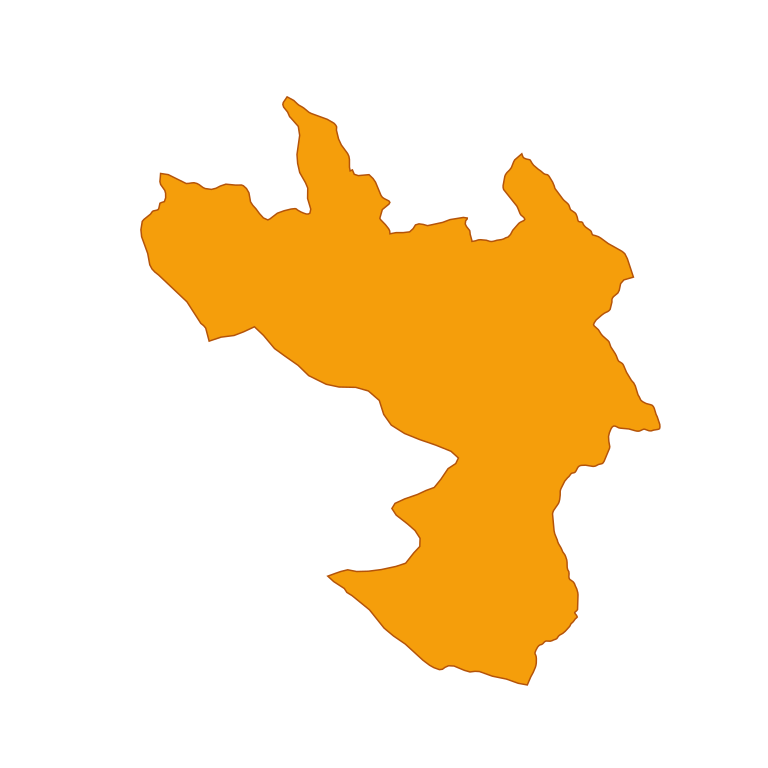 outline of Pool, rotated 106°
{"feature_id": "COG-3341", "entity_name": "Pool", "entity_type": "Region", "adm_level": 1, "iso_a3": "COG", "parent_name": "Republic of the Congo", "parent_adm1": "", "projection": "natural_earth1", "projection_center": [14.821, -3.811], "detail": "fine", "context": "isolated", "style": "filled", "palette": "amber", "viewbox_px": 768, "rotation_deg": 106, "n_neighbors": 0, "source": "natural_earth", "source_scale": "10m", "svg_char_len": 6171}
<svg xmlns="http://www.w3.org/2000/svg" viewBox="0 0 768 768"><g transform="rotate(106 384 384)"><path d="M633.8,163.3L634.7,172.5L633.9,185.1L635.0,199.3L634.1,213.0L635.1,217.3L637.1,222.0L637.1,227.8L635.8,238.9L637.0,244.2L639.5,247.2L642.1,249.2L643.3,252.0L642.9,257.9L641.8,262.6L638.9,270.2L628.1,291.9L623.6,305.4L618.7,316.5L605.1,335.7L596.2,356.5L594.6,362.2L591.5,365.8L587.8,377.9L584.2,385.1L579.6,378.8L576.1,373.8L572.6,367.7L571.8,358.6L568.3,347.5L563.1,335.4L556.1,322.3L550.3,313.8L538.1,308.8L530.3,304.8L522.4,306.8L516.3,313.8L512.0,322.9L506.7,336.1L501.5,342.1L495.7,340.5L488.7,332.4L480.9,321.3L474.8,314.3L469.6,307.2L460.0,303.1L447.7,299.1L440.7,293.1L434.6,292.1L430.2,301.1L428.5,317.3L427.6,334.5L425.9,350.6L421.5,365.7L413.3,375.9L401.1,384.0L395.0,397.1L395.0,410.2L399.3,426.4L400.2,439.5L396.7,458.7L389.7,471.8L384.5,486.9L380.1,499.0L370.5,513.2L364.7,524.3L372.6,533.4L378.7,541.5L383.9,553.6L391.0,563.9L379.4,570.8L377.6,573.5L376.2,576.8L359.3,596.1L341.3,630.8L339.6,635.0L337.4,638.7L334.0,642.0L323.7,647.1L309.2,657.6L302.7,660.2L294.3,661.2L291.9,660.1L285.1,655.3L282.3,654.3L281.3,653.6L279.5,650.3L278.5,649.1L276.7,648.9L272.0,649.2L271.0,648.1L269.2,645.4L265.2,645.2L260.9,646.5L258.3,648.1L253.8,653.7L251.2,655.2L247.0,656.0L243.2,656.8L242.2,649.1L245.8,629.4L244.9,626.8L243.8,624.5L242.9,622.1L242.8,619.1L243.3,616.7L245.0,612.2L245.4,609.8L244.5,603.5L242.1,599.4L238.8,595.9L235.5,591.1L233.7,581.4L232.0,575.8L232.2,573.8L234.0,570.1L237.5,566.5L245.7,562.5L248.4,559.4L250.8,555.5L254.5,550.7L257.6,545.7L258.3,540.9L256.8,539.2L249.2,533.6L245.0,527.8L241.4,521.5L239.9,517.8L239.9,516.5L240.6,515.1L241.5,511.4L241.9,508.2L242.0,505.5L241.4,503.5L240.1,502.3L236.1,502.6L226.7,508.6L216.7,511.3L212.2,514.9L204.0,523.3L195.8,527.8L187.4,530.9L168.2,533.6L160.0,537.4L153.6,547.4L153.2,548.2L152.7,548.7L149.2,551.6L145.5,556.8L143.2,558.3L141.1,558.4L134.7,556.3L134.7,556.2L136.3,548.9L138.6,544.5L139.4,542.7L140.3,538.9L140.9,537.0L143.5,531.1L144.0,528.6L145.2,511.5L147.1,504.0L147.6,503.1L148.6,501.6L149.9,500.4L153.1,499.7L161.0,495.2L166.0,490.9L172.5,482.5L174.8,480.5L177.7,479.1L185.0,477.0L188.5,475.3L186.9,473.4L190.6,470.4L190.8,466.2L186.9,456.1L189.5,451.2L192.3,447.8L203.5,438.9L205.0,437.0L205.7,434.9L206.7,429.7L207.8,428.4L209.7,428.8L216.8,433.7L225.9,433.7L227.0,432.5L230.4,426.6L233.5,422.3L235.3,420.7L238.0,419.7L235.2,414.2L233.2,407.3L230.7,401.3L226.6,398.8L222.4,397.6L220.4,394.5L219.8,390.3L219.8,385.8L212.5,372.2L207.8,365.9L202.0,353.6L201.5,349.7L202.4,349.5L204.6,350.5L207.8,350.0L209.9,348.1L212.9,343.9L214.6,343.1L216.2,342.5L221.8,339.1L222.7,338.8L222.1,337.4L221.2,335.6L219.5,333.1L218.7,331.0L217.6,325.2L217.7,321.5L217.3,319.6L216.3,317.6L214.7,315.1L212.8,310.9L211.6,309.0L210.0,307.4L208.6,305.3L205.4,303.6L200.7,302.6L192.4,298.7L190.9,297.5L188.3,294.6L186.9,294.0L185.4,295.4L183.8,299.0L182.6,300.3L178.2,303.7L176.4,305.3L164.1,322.6L162.4,323.6L160.4,324.2L151.1,325.1L149.2,324.9L146.9,324.1L143.5,322.2L140.8,321.2L134.6,320.6L132.5,320.1L124.7,315.0L127.2,313.2L127.9,312.3L128.3,311.3L128.5,309.1L128.3,306.3L128.3,305.6L128.6,305.0L131.0,302.5L132.5,300.5L135.0,295.0L136.0,292.1L137.7,288.4L138.0,286.8L137.9,285.7L137.8,285.2L137.8,284.7L138.0,283.9L138.8,282.6L143.5,277.5L146.9,274.8L148.3,274.0L148.9,273.6L156.9,263.1L157.9,261.5L159.3,258.4L160.2,256.7L161.2,255.5L164.7,253.0L165.2,252.3L166.7,247.8L167.4,246.6L168.4,245.7L170.4,244.2L173.3,242.7L174.0,241.9L174.2,240.3L173.8,239.2L173.9,238.1L174.2,237.5L175.5,236.5L176.5,235.3L177.6,233.5L179.5,228.1L180.2,226.9L182.4,225.4L183.1,224.5L183.2,223.7L183.1,221.7L183.3,218.4L184.0,215.8L187.2,207.2L190.8,192.0L191.5,190.2L192.4,188.4L196.5,184.6L212.5,173.7L217.8,182.1L222.3,184.2L229.1,183.7L232.1,184.3L236.8,187.5L238.5,188.1L240.0,188.2L242.4,187.5L249.8,187.2L251.1,187.7L252.1,188.4L253.0,189.2L253.7,190.1L255.3,191.8L257.9,193.8L263.9,197.7L267.3,198.8L269.3,198.9L270.2,198.0L272.7,192.9L276.1,189.1L277.4,187.2L280.7,180.4L281.3,179.5L282.0,178.9L285.8,176.2L291.1,170.1L292.8,168.5L296.4,165.8L296.9,165.2L297.4,164.6L298.4,161.2L298.7,160.5L299.1,159.9L299.9,159.0L305.9,154.1L312.2,147.3L313.6,145.2L313.9,144.5L316.6,141.9L324.3,136.9L326.1,135.0L328.3,133.1L328.5,132.9L328.8,132.5L329.1,131.9L329.7,130.5L330.4,127.2L330.5,126.3L330.4,121.7L330.6,120.2L331.5,118.8L332.9,117.5L338.2,114.1L340.2,112.3L346.8,107.8L349.3,106.9L351.0,106.8L351.8,107.6L352.4,108.7L354.0,112.1L355.3,114.0L355.7,115.2L355.9,116.7L355.6,120.9L355.9,122.0L356.6,122.9L358.1,124.6L358.8,125.5L359.3,126.7L359.6,128.1L359.7,129.7L359.7,136.2L361.3,144.6L361.4,145.8L361.4,146.5L360.9,148.9L360.8,150.3L361.1,151.6L362.3,152.7L364.4,153.4L368.8,153.9L372.6,153.7L377.1,152.1L382.0,149.7L383.6,149.5L397.5,151.1L399.5,151.7L400.4,152.4L401.0,153.4L402.2,155.6L404.5,158.0L405.1,159.1L405.6,160.3L406.5,167.9L407.8,171.8L408.3,172.8L409.1,173.7L410.1,174.4L411.3,174.8L414.8,175.5L416.1,176.0L416.9,176.8L417.3,177.6L417.6,178.2L417.8,178.6L418.2,179.1L419.0,179.6L421.7,180.6L422.5,181.0L423.3,181.6L427.6,183.5L436.1,185.1L438.3,185.1L442.3,184.0L446.6,183.3L449.0,183.2L450.8,183.4L458.8,186.1L460.8,186.3L462.4,186.2L478.1,180.1L480.9,178.6L486.4,174.3L487.7,173.6L489.4,172.2L492.5,168.9L494.2,167.4L495.1,166.7L496.0,166.0L498.2,163.2L499.7,161.9L502.8,159.8L504.9,158.9L509.7,157.4L511.6,156.4L512.1,156.0L513.3,154.7L514.2,154.3L515.4,153.8L518.2,153.2L519.7,152.5L520.7,151.5L521.1,150.1L522.0,147.7L522.6,146.8L523.5,145.8L525.4,144.4L527.9,142.2L531.2,140.2L533.2,139.4L547.4,135.8L548.8,136.3L551.0,137.7L551.8,137.3L553.4,135.1L554.7,134.0L555.8,134.5L556.9,135.3L560.4,136.6L563.1,138.2L565.8,138.7L571.7,141.6L574.4,143.4L576.8,145.8L577.8,146.5L578.8,147.0L580.1,147.3L581.2,147.8L582.0,148.6L583.3,150.5L584.1,151.3L584.8,152.3L585.4,153.3L586.4,157.4L587.2,158.3L588.1,158.9L589.2,159.4L590.2,160.0L591.0,160.8L591.6,161.9L592.8,163.0L594.5,163.8L598.0,164.6L600.8,164.8L601.3,164.6L602.0,164.2L602.7,163.5L604.1,162.6L606.1,161.8L610.2,160.7L612.6,160.4L614.6,160.4L620.1,161.1L625.1,162.2L633.8,163.3Z" fill="#f59e0b" stroke="#b45309" stroke-width="1.5"/></g></svg>